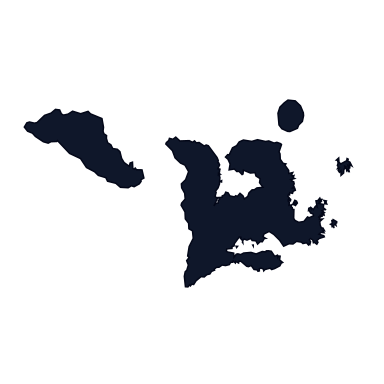 the district of Bima, Nusa Tenggara Barat, Indonesia, rotated 355°
{"feature_id": "22746128B14082340634491", "entity_name": "Bima", "entity_type": "district", "adm_level": 2, "iso_a3": "IDN", "parent_name": "Indonesia", "parent_adm1": "Nusa Tenggara Barat", "projection": "robinson", "projection_center": [118.835, -8.483], "detail": "fine", "context": "isolated", "style": "filled", "palette": "ink", "viewbox_px": 384, "rotation_deg": 355, "n_neighbors": 0, "source": "geoboundaries", "source_scale": "gbopen_adm2", "svg_char_len": 6140}
<svg xmlns="http://www.w3.org/2000/svg" viewBox="0 0 384 384"><g transform="rotate(355 192 192)"><path d="M225.6,195.1L224.2,197.6L221.7,198.6L221.6,199.9L217.8,199.8L218.9,201.6L217.4,202.9L217.1,205.3L214.7,205.5L212.6,207.8L216.8,200.5L214.6,198.5L216.0,194.6L215.5,193.2L218.3,190.2L220.0,186.5L221.1,179.7L220.4,177.8L221.3,177.3L219.9,177.1L221.1,175.9L219.3,175.3L220.6,175.2L221.5,173.3L221.0,172.0L222.4,171.7L219.7,171.1L221.9,167.4L221.1,165.2L220.3,165.1L220.9,162.8L219.9,159.7L212.3,147.3L210.2,146.4L208.2,147.3L203.4,143.3L200.5,143.4L199.0,141.3L196.8,142.5L193.7,140.6L184.4,140.1L180.6,135.9L177.6,137.8L174.2,136.6L173.3,138.7L170.8,140.5L170.1,141.9L176.1,149.1L178.1,156.5L183.1,162.2L187.3,164.6L190.4,171.4L186.7,179.2L182.1,183.0L182.1,187.0L184.6,192.6L184.6,198.4L180.7,202.2L180.0,204.2L183.3,211.3L183.0,218.2L185.9,222.8L185.7,228.4L189.1,230.7L189.2,238.3L184.4,246.1L182.1,255.4L183.5,256.9L180.7,259.9L182.0,264.4L180.0,269.5L178.3,270.8L177.0,275.3L177.2,285.8L179.7,286.2L181.4,284.3L182.2,285.4L183.7,283.8L185.6,284.3L188.2,280.9L193.6,277.1L196.8,277.7L199.5,275.7L202.7,275.2L204.5,272.8L207.7,271.8L207.4,270.7L209.9,269.2L212.4,269.3L215.6,267.4L219.0,268.2L222.8,267.6L224.3,265.5L226.5,265.5L227.0,264.3L229.0,266.5L229.5,265.0L232.2,266.8L232.7,265.0L234.7,265.3L240.0,270.7L241.7,271.3L244.6,270.4L247.0,274.6L250.0,275.2L250.8,276.7L252.2,276.5L252.4,274.2L254.1,273.8L256.3,274.9L256.6,276.8L257.9,275.6L263.1,274.7L264.6,276.2L267.6,275.5L273.1,273.2L274.7,270.6L276.2,270.1L273.3,267.2L274.2,263.6L272.9,263.3L271.8,264.8L271.6,262.4L268.8,263.3L265.8,257.9L262.9,257.2L260.8,257.1L260.3,258.1L256.8,257.4L250.5,259.3L245.5,257.3L238.1,257.3L235.1,258.6L232.3,257.6L230.7,257.8L228.2,260.7L228.2,256.5L222.0,254.8L221.1,253.8L221.7,251.7L226.9,251.7L227.2,249.8L229.2,249.4L229.7,247.1L235.2,240.9L236.8,241.4L236.2,242.4L238.2,244.9L239.8,243.4L242.6,244.7L246.4,243.4L247.7,245.6L251.4,246.2L252.8,249.6L255.6,247.4L257.7,247.7L260.0,244.6L261.4,244.6L258.8,242.7L260.1,240.1L265.4,238.0L269.8,241.4L275.1,247.7L278.6,254.0L284.1,252.0L288.1,252.6L291.8,250.3L296.6,251.5L298.0,253.0L301.7,252.6L303.4,254.9L304.1,254.0L304.8,254.7L305.8,251.8L304.7,249.9L306.0,248.7L308.1,250.3L308.5,253.1L309.3,252.7L311.8,254.9L313.1,253.0L312.0,251.4L314.7,249.4L319.9,248.2L319.5,247.0L314.8,245.1L317.0,243.5L320.0,244.1L318.9,241.9L320.6,242.2L319.3,239.3L317.7,239.0L316.8,236.1L316.7,232.6L319.7,230.3L316.6,230.3L317.0,228.8L315.4,227.9L317.7,228.0L317.5,225.7L318.3,227.6L319.6,227.4L319.6,225.1L322.0,227.1L320.9,224.9L322.0,224.2L320.5,223.6L321.2,223.2L319.9,221.9L323.0,220.9L324.0,221.6L321.4,219.1L322.1,215.9L317.3,214.5L319.2,213.2L317.7,213.1L318.1,212.0L319.8,212.1L320.6,210.7L319.2,210.6L318.8,209.2L316.6,211.5L314.7,211.6L315.4,217.6L314.5,216.5L313.4,217.3L311.3,220.1L309.3,218.0L309.2,219.3L308.2,218.0L306.9,218.4L306.4,220.8L307.2,220.7L308.3,223.3L310.7,224.4L311.0,226.3L306.5,227.8L304.9,226.9L300.9,231.1L295.7,231.5L292.1,229.3L291.0,227.1L292.0,218.3L290.5,217.9L290.5,216.2L289.4,215.6L289.9,214.2L288.1,213.6L288.8,212.9L287.5,213.5L288.1,210.7L287.2,209.7L288.1,208.8L289.3,209.4L289.7,208.0L288.5,206.7L287.6,207.3L288.2,205.9L287.1,204.7L287.9,202.8L288.9,203.4L289.3,201.2L292.0,202.1L292.8,200.1L295.1,199.3L294.7,197.2L292.6,196.7L294.2,195.8L293.6,194.1L294.5,192.8L294.2,190.6L292.2,189.8L292.6,188.9L291.6,188.2L295.4,187.5L294.0,186.6L294.9,184.6L292.5,185.4L293.6,184.3L292.4,183.7L294.0,181.4L290.0,182.0L290.2,178.9L286.9,173.3L288.0,172.2L285.3,171.4L282.8,167.1L283.0,161.6L282.2,159.6L285.3,152.6L284.6,151.6L280.9,149.9L278.0,150.4L272.9,147.8L269.7,148.1L261.8,145.6L256.0,146.8L247.7,144.7L243.4,146.2L240.5,149.7L236.2,151.5L232.3,158.2L230.8,157.9L228.4,160.1L230.7,162.5L232.4,167.4L230.9,173.2L236.2,172.8L238.4,175.5L240.7,175.6L243.4,179.0L244.4,178.5L245.1,174.7L251.8,178.2L256.5,178.2L257.1,181.6L261.0,184.6L260.1,188.6L263.1,193.5L257.0,193.6L254.3,195.2L252.0,195.1L248.7,197.8L247.2,201.2L243.6,203.5L242.4,200.2L239.7,197.5L236.7,200.4L235.3,199.5L233.8,200.5L229.4,199.2L227.9,196.0L225.6,195.1ZM144.1,165.6L138.7,165.0L137.5,163.2L136.5,164.3L135.1,163.4L135.3,157.1L132.9,157.7L131.7,160.9L126.9,156.7L124.8,152.4L123.7,145.5L121.3,142.9L116.8,141.8L115.3,137.9L112.3,135.6L111.4,131.1L111.8,128.3L109.3,126.3L108.7,123.6L109.5,119.8L108.7,111.0L97.7,105.3L95.5,102.6L87.9,104.3L80.1,101.1L75.4,103.6L70.7,104.2L68.7,102.8L67.3,98.7L63.2,97.8L58.5,101.1L51.8,102.8L43.7,109.3L41.1,109.7L36.2,108.1L33.5,108.7L30.6,112.7L33.5,117.1L38.2,119.5L40.8,123.0L48.3,129.0L53.0,130.8L55.9,129.6L61.7,129.9L62.4,129.0L73.4,142.9L83.9,149.0L89.0,158.4L96.8,163.4L100.1,167.3L107.4,170.2L108.8,173.9L116.9,176.7L121.1,181.1L128.8,182.2L132.2,180.5L134.8,181.7L140.2,179.3L142.2,177.0L142.2,175.3L145.3,173.9L144.1,165.6ZM302.8,110.2L295.6,108.8L291.7,111.2L287.0,115.1L284.5,121.0L284.5,132.8L287.0,136.8L292.5,139.9L294.8,140.3L302.6,137.7L304.1,134.6L308.1,131.3L309.8,125.7L309.8,122.7L307.6,115.7L302.8,110.2ZM341.0,175.0L341.1,170.9L338.6,172.8L339.7,173.1L340.1,175.9L339.1,178.3L340.1,179.8L339.0,181.4L340.8,181.2L339.5,183.2L340.6,185.2L342.2,183.9L341.9,188.4L344.7,186.3L345.2,182.8L346.4,182.0L346.3,179.5L347.6,180.2L348.0,184.2L349.0,183.0L349.5,185.3L350.4,185.4L349.7,180.2L351.6,182.3L350.1,179.1L351.4,179.8L351.3,178.2L353.4,179.8L351.9,176.0L349.8,174.8L350.5,172.9L349.4,172.2L348.8,174.3L342.6,177.0L341.0,175.0ZM333.6,234.2L330.2,231.8L329.5,233.5L328.8,232.0L329.0,235.6L327.2,236.2L328.7,237.3L328.5,238.8L330.1,238.9L330.3,240.4L330.1,237.7L331.5,236.7L332.5,237.7L332.2,235.8L333.4,235.4L333.6,234.2ZM293.7,209.2L292.3,211.4L294.0,211.9L293.2,212.5L294.2,213.6L293.4,215.0L296.0,212.2L295.3,210.2L293.7,209.2ZM325.1,212.6L322.7,211.9L323.6,213.3L323.1,215.2L325.2,215.7L324.5,213.6L325.1,212.6ZM232.6,250.1L231.2,249.9L231.6,251.2L232.6,250.1ZM222.5,183.3L221.4,183.7L221.2,184.2L222.3,184.6L222.5,183.3ZM292.6,213.7L292.1,212.5L291.0,213.0L292.6,213.7ZM248.4,250.2L247.9,250.2L248.3,251.1L248.4,250.2ZM238.2,247.0L238.2,245.7L237.8,246.3L238.2,247.0Z" fill="#0f172a" stroke="#020617" stroke-width="1.5"/></g></svg>